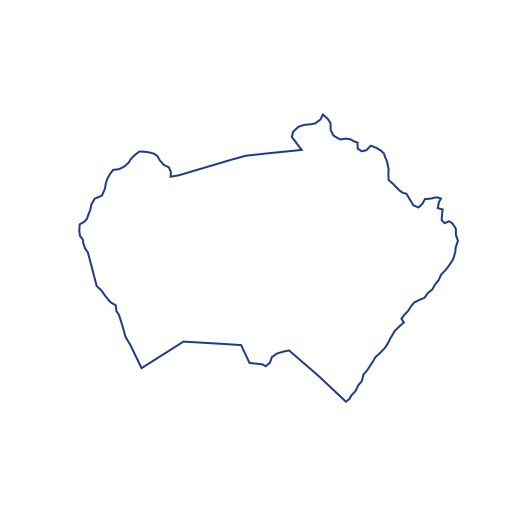 outline of Catu, Bahia, Brazil, rotated 213°
{"feature_id": "56859067B63538052754929", "entity_name": "Catu", "entity_type": "district", "adm_level": 2, "iso_a3": "BRA", "parent_name": "Brazil", "parent_adm1": "Bahia", "projection": "natural_earth1", "projection_center": [-38.421, -12.325], "detail": "fine", "context": "isolated", "style": "outline", "palette": "blue", "viewbox_px": 512, "rotation_deg": 213, "n_neighbors": 0, "source": "geoboundaries", "source_scale": "gbopen_adm2", "svg_char_len": 2055}
<svg xmlns="http://www.w3.org/2000/svg" viewBox="0 0 512 512"><g transform="rotate(213 256 256)"><path d="M101.4,182.8L99.8,186.7L100.1,191.1L99.0,196.8L99.8,203.6L99.1,209.0L101.3,214.8L100.5,221.0L100.5,227.0L100.5,231.6L100.8,236.0L99.1,242.5L97.8,249.3L97.8,254.1L98.5,260.6L98.8,268.6L97.4,275.3L95.8,280.8L99.9,282.6L99.5,287.5L98.5,292.7L98.6,298.0L98.0,303.1L95.5,307.5L91.9,312.8L91.7,318.6L89.9,324.0L90.3,329.3L89.7,335.3L90.6,341.5L89.3,347.8L88.9,353.5L88.9,360.4L90.9,367.6L93.3,372.2L94.9,378.8L99.8,382.5L103.3,387.8L109.0,390.3L113.0,390.3L115.7,386.2L119.9,387.3L123.0,393.0L124.8,396.7L129.6,395.1L131.9,400.7L132.1,404.9L136.5,403.7L140.8,399.2L145.3,395.8L144.9,390.3L146.2,385.2L151.6,384.2L158.0,387.3L163.6,390.1L167.9,388.9L171.9,389.2L175.8,390.1L180.9,391.2L186.2,392.0L189.4,396.5L192.0,400.9L194.7,403.7L198.0,406.9L201.6,409.3L204.6,411.7L208.6,412.4L214.4,412.2L219.8,411.0L221.0,404.9L224.3,401.4L229.2,401.5L232.7,406.4L236.6,405.5L240.3,405.3L244.8,403.2L248.5,399.8L252.5,399.3L256.8,399.3L262.1,402.4L265.8,408.0L270.6,410.1L276.9,411.0L276.3,405.7L278.5,399.5L281.8,396.3L287.1,392.1L290.9,387.3L292.5,380.4L290.8,375.4L275.5,369.8L300.1,350.1L319.1,334.6L329.5,322.9L361.2,285.7L364.8,281.5L370.8,276.0L373.1,280.1L377.5,282.9L383.0,282.2L389.0,283.9L393.1,286.1L396.9,286.3L400.8,285.2L406.3,282.7L410.7,280.1L412.7,274.5L413.7,269.5L413.7,264.8L415.2,259.2L418.2,254.2L422.7,250.4L423.1,245.2L422.7,239.7L421.5,235.0L419.4,230.5L418.1,222.8L422.5,216.2L422.1,209.5L420.0,204.2L419.1,199.2L418.0,195.1L418.8,190.9L421.1,186.5L418.0,181.0L414.6,177.0L410.3,175.5L407.6,172.5L403.4,169.2L398.9,167.4L373.2,144.0L367.3,143.0L361.9,140.9L356.3,138.9L352.4,138.0L346.7,138.2L343.1,133.8L338.9,132.0L335.2,129.0L329.9,124.6L325.6,120.8L321.4,117.1L313.0,113.0L290.9,99.6L277.5,128.8L270.2,144.7L237.9,163.1L229.0,168.1L219.9,173.2L213.6,169.2L203.2,162.8L191.6,168.6L187.8,168.8L186.2,174.1L187.6,179.9L185.3,185.6L181.0,190.7L176.8,194.8L137.2,189.3L101.4,182.8Z" fill="none" stroke="#1e3a8a" stroke-width="2"/></g></svg>